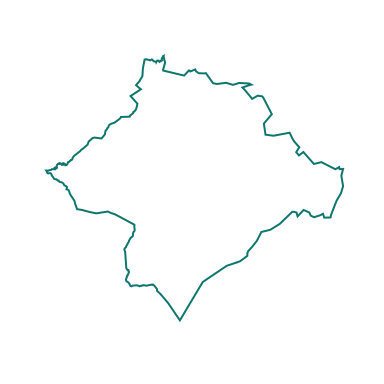 Totontepec Villa de Morelos, Oaxaca, Mexico (Natural Earth projection), rotated 11°
{"feature_id": "50627088B98422616932884", "entity_name": "Totontepec Villa de Morelos", "entity_type": "district", "adm_level": 2, "iso_a3": "MEX", "parent_name": "Mexico", "parent_adm1": "Oaxaca", "projection": "natural_earth1", "projection_center": [-96.062, 17.236], "detail": "fine", "context": "isolated", "style": "outline", "palette": "teal", "viewbox_px": 384, "rotation_deg": 11, "n_neighbors": 0, "source": "geoboundaries", "source_scale": "gbopen_adm2", "svg_char_len": 4552}
<svg xmlns="http://www.w3.org/2000/svg" viewBox="0 0 384 384"><g transform="rotate(11 192 192)"><path d="M229.7,75.3L227.3,74.6L217.3,76.0L215.3,77.2L211.7,79.0L204.6,78.3L195.9,81.2L194.5,81.2L191.9,81.2L183.0,72.7L181.2,73.3L175.9,74.1L173.6,73.1L172.7,72.5L171.8,71.1L167.3,74.0L166.4,73.3L165.8,73.2L162.1,79.2L140.6,78.3L140.5,78.1L140.3,77.6L140.9,70.0L139.5,67.3L138.7,65.4L138.2,64.1L138.2,63.7L137.8,64.0L138.0,64.6L138.2,65.7L137.9,65.5L137.6,66.0L137.2,65.8L136.9,66.8L137.1,67.9L137.1,68.2L137.3,68.4L136.6,68.8L136.9,69.1L135.8,70.0L135.2,70.2L135.1,70.4L134.2,69.6L133.9,69.4L133.3,69.5L132.7,69.8L132.2,71.3L132.0,70.8L131.5,71.0L130.6,70.9L129.9,71.1L129.3,70.7L128.3,70.3L127.6,70.0L127.6,69.7L127.1,69.8L127.0,69.7L126.4,70.2L125.9,70.5L125.7,70.8L124.6,70.5L124.2,70.5L123.6,70.6L123.1,70.5L122.7,70.6L122.2,70.4L121.5,70.4L121.0,70.8L120.2,71.0L120.2,79.9L121.2,87.8L120.6,89.5L119.6,92.0L119.5,93.0L117.7,95.9L116.7,97.8L122.2,100.9L113.4,109.5L121.6,115.8L121.5,116.7L121.6,118.1L121.4,119.3L121.4,120.5L121.4,121.0L121.0,122.3L120.0,124.0L119.2,124.6L119.1,125.2L119.2,125.8L118.5,126.6L117.8,127.5L116.6,128.8L116.5,129.9L115.0,130.3L107.9,131.9L107.8,132.7L107.1,133.8L106.3,134.8L104.9,136.3L103.6,137.8L102.4,138.9L100.1,140.2L98.9,141.0L97.7,142.5L97.4,144.6L96.6,145.6L96.4,146.9L95.4,148.3L95.5,152.1L93.0,156.7L85.7,157.2L84.1,158.1L81.0,162.1L80.4,165.5L77.2,169.6L75.1,171.9L74.2,173.5L69.6,178.8L69.1,179.5L68.4,181.0L68.2,182.9L67.7,183.5L67.2,183.5L66.9,183.8L66.9,184.3L66.1,184.9L65.6,185.9L64.6,186.4L64.4,188.4L63.6,189.6L62.6,189.9L62.4,189.0L61.7,188.8L61.0,189.4L60.4,188.2L59.9,188.4L60.0,189.2L59.7,189.8L59.3,190.2L58.9,190.2L57.8,189.0L57.4,189.0L57.4,189.3L56.5,189.9L56.2,189.9L55.9,189.3L55.1,190.0L54.3,191.3L54.3,192.6L54.8,193.9L54.6,194.6L54.0,194.7L53.0,194.0L52.5,194.5L52.6,195.0L53.0,195.8L51.7,196.0L51.1,196.2L50.7,196.2L50.1,196.3L49.4,197.2L47.8,197.8L46.8,198.6L45.2,198.6L44.8,198.7L45.5,199.3L45.9,200.2L46.5,201.0L47.3,201.2L48.2,200.8L49.1,200.5L50.1,200.8L50.8,201.6L51.0,202.3L51.6,202.9L53.0,204.2L54.3,205.5L54.9,205.5L55.4,205.6L56.5,205.4L57.6,205.9L57.7,206.3L58.1,206.3L58.6,206.4L59.0,206.3L59.6,207.1L60.5,207.4L61.8,207.3L63.3,207.7L64.4,208.5L65.1,209.6L67.2,210.3L67.8,210.9L68.4,211.1L68.3,213.3L69.6,213.4L70.6,213.8L71.7,215.6L72.5,217.0L73.8,218.5L77.3,222.1L78.3,223.1L79.7,226.2L82.5,230.8L84.8,230.7L87.6,230.6L91.7,230.9L95.9,231.2L98.3,231.2L100.7,231.2L102.2,231.2L103.0,230.9L103.8,230.6L104.8,230.3L105.8,229.9L106.2,229.7L107.6,229.2L109.8,228.4L111.6,227.8L113.0,227.2L114.9,227.7L116.7,228.1L118.2,228.3L120.3,228.5L124.0,229.6L126.7,230.4L128.2,230.9L130.1,231.5L132.8,232.3L134.4,232.8L137.8,233.9L138.8,234.2L141.7,235.1L142.2,237.8L143.0,240.1L142.9,241.4L142.1,242.6L142.1,244.5L142.2,245.1L142.3,246.6L140.4,248.9L140.2,249.7L139.4,252.0L139.5,252.6L138.9,254.3L138.6,254.8L138.6,255.4L138.4,256.3L138.0,256.9L137.9,257.5L137.7,258.1L137.8,258.6L137.4,259.1L136.9,259.9L136.6,260.8L136.5,261.2L136.8,261.7L136.9,262.0L137.8,263.5L142.1,279.5L143.9,281.1L144.2,280.9L144.4,280.8L145.0,281.7L145.4,283.0L145.1,283.7L145.1,284.2L145.0,284.5L145.1,284.9L144.8,285.5L144.7,286.2L144.3,286.4L144.2,287.0L144.3,288.4L144.0,288.9L143.9,289.9L143.9,290.8L144.7,292.1L146.9,293.0L147.9,293.9L149.1,295.5L149.4,295.9L150.5,296.2L151.7,295.2L154.2,294.5L155.8,294.1L157.6,294.3L158.0,294.4L158.2,294.5L158.4,294.4L158.7,294.5L159.4,293.9L160.4,293.8L160.7,293.3L161.5,293.1L162.0,292.7L162.8,292.8L163.4,292.6L165.2,292.7L166.3,292.2L166.6,292.0L167.6,291.7L168.3,291.3L168.5,291.2L169.3,291.0L169.9,290.8L170.2,290.6L170.6,290.4L171.1,290.7L171.6,290.4L172.9,291.2L176.2,294.0L176.5,295.6L180.4,298.1L182.6,299.8L190.0,305.8L204.6,320.3L217.3,285.0L219.8,278.2L240.2,257.8L252.2,251.0L252.3,250.9L258.5,244.1L258.0,241.4L258.5,239.2L261.1,235.1L265.0,227.5L267.7,218.0L276.0,214.2L284.2,206.6L293.4,193.5L294.2,192.3L296.2,192.0L298.5,192.2L300.3,195.8L305.0,188.3L309.5,189.4L311.0,189.7L313.0,192.5L316.6,193.5L322.2,190.4L324.7,188.4L326.7,191.9L332.5,190.7L332.9,190.4L332.8,188.2L335.6,172.9L338.5,164.7L339.2,157.5L335.5,147.5L335.9,140.6L332.5,141.4L331.7,139.5L328.4,142.3L313.3,138.0L306.8,141.0L306.3,141.2L293.7,131.5L290.0,135.7L286.7,133.0L288.8,127.6L282.8,123.0L280.5,120.5L276.5,115.2L261.3,121.2L253.2,121.7L249.5,111.1L255.5,100.4L244.3,86.2L243.2,85.1L242.4,84.7L240.3,84.9L238.2,84.9L237.7,85.3L234.2,88.3L233.2,89.1L232.1,88.1L223.8,81.3L221.6,79.8L226.4,77.0L229.0,75.6L229.7,75.3Z" fill="none" stroke="#0f766e" stroke-width="2"/></g></svg>